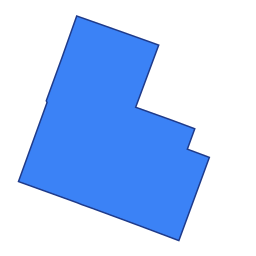 Cass, Indiana, United States of America (Robinson projection), rotated 200°
{"feature_id": "52423323B33469895135011", "entity_name": "Cass", "entity_type": "district", "adm_level": 2, "iso_a3": "USA", "parent_name": "United States of America", "parent_adm1": "Indiana", "projection": "robinson", "projection_center": [-86.374, 40.736], "detail": "fine", "context": "isolated", "style": "filled", "palette": "blue", "viewbox_px": 256, "rotation_deg": 200, "n_neighbors": 0, "source": "geoboundaries", "source_scale": "gbopen_adm2", "svg_char_len": 384}
<svg xmlns="http://www.w3.org/2000/svg" viewBox="0 0 256 256"><g transform="rotate(200 128 128)"><path d="M41.7,39.6L41.5,128.2L65.0,128.4L65.0,137.6L65.0,150.1L88.7,150.3L127.9,150.1L127.5,216.4L174.5,216.1L214.5,215.7L214.1,171.8L214.1,125.6L212.8,124.3L212.6,40.2L150.5,40.4L145.2,40.2L135.2,40.3L88.5,40.1L41.7,39.6Z" fill="#3b82f6" stroke="#1e3a8a" stroke-width="1.5"/></g></svg>